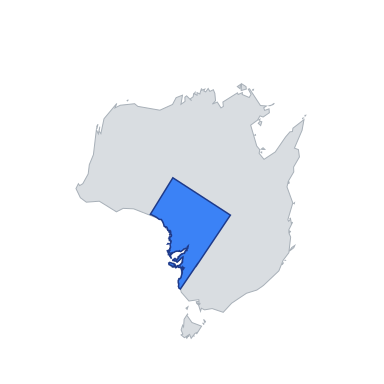 location of South Australia within Australia, rotated 33°
{"feature_id": "AUS-2655", "entity_name": "South Australia", "entity_type": "State", "adm_level": 1, "iso_a3": "AUS", "parent_name": "Australia", "parent_adm1": "", "projection": "equal_earth", "projection_center": [136.572, -32.035], "detail": "fine", "context": "in_parent", "style": "filled", "palette": "blue", "viewbox_px": 384, "rotation_deg": 33, "n_neighbors": 0, "source": "natural_earth", "source_scale": "10m", "svg_char_len": 9367}
<svg xmlns="http://www.w3.org/2000/svg" viewBox="0 0 384 384"><g transform="rotate(33 192 192)"><path d="M250.7,80.3L254.0,99.4L258.2,98.5L263.0,104.1L263.6,115.7L266.4,119.7L266.9,130.5L268.9,136.0L282.5,146.3L287.5,163.1L289.0,163.9L289.4,161.0L292.3,164.0L292.8,162.5L293.8,171.0L295.5,173.5L299.3,176.1L306.3,190.2L305.6,199.6L307.8,210.8L302.8,231.5L299.8,238.9L292.8,247.3L285.8,263.7L283.7,275.9L272.4,278.8L266.7,284.0L263.2,284.4L264.1,287.4L258.9,283.1L259.7,282.1L259.4,281.0L258.4,281.0L256.5,282.8L255.3,281.7L257.5,279.9L256.3,278.6L248.8,285.1L237.6,281.9L228.8,273.9L228.6,267.6L224.6,261.9L226.3,262.1L226.3,260.4L220.3,262.2L222.1,257.9L219.8,251.7L217.6,258.7L213.2,259.4L213.9,257.1L215.9,257.1L219.0,247.3L218.2,240.0L215.1,247.7L210.7,250.6L207.7,255.2L208.2,257.6L206.4,257.3L203.5,254.7L205.3,254.7L204.0,250.1L201.2,245.0L198.9,244.3L198.5,239.8L181.2,232.0L152.2,237.9L143.2,243.2L139.4,249.8L119.3,250.2L108.9,258.1L101.5,257.6L92.8,252.3L92.2,246.9L94.3,247.8L95.9,244.5L95.1,233.4L91.0,225.0L89.0,214.4L77.9,191.9L81.8,194.3L79.1,187.4L80.9,191.5L83.8,192.7L78.3,178.5L80.7,158.7L81.6,163.4L84.6,158.3L95.8,149.2L99.9,149.7L120.5,140.9L128.0,129.2L127.3,121.5L131.3,116.0L135.0,124.5L136.8,119.8L134.4,116.4L135.1,114.3L141.9,115.7L139.8,114.9L141.1,111.5L139.8,108.5L143.5,108.1L142.1,105.9L145.2,105.5L144.1,102.3L146.7,98.7L146.9,100.8L149.0,100.6L149.2,96.4L152.2,97.9L154.2,94.6L157.5,96.9L162.0,102.6L161.2,107.2L164.2,102.8L170.5,105.7L171.7,103.2L168.9,99.7L176.1,84.1L177.6,85.1L180.1,81.2L181.0,82.9L188.5,81.6L188.3,77.8L183.2,75.1L184.0,74.1L202.3,82.2L207.6,79.3L206.3,82.3L208.5,84.0L211.3,80.3L213.7,83.4L210.8,90.4L207.6,91.1L207.8,96.1L204.8,104.0L221.3,118.2L225.8,119.6L227.2,123.0L234.6,125.4L240.0,113.1L240.5,95.0L241.4,88.2L243.3,86.6L241.9,83.5L246.5,70.3L250.7,80.3ZM254.7,298.1L263.0,301.5L273.1,299.3L273.2,308.7L272.7,307.0L271.5,309.0L271.0,315.2L267.5,312.7L265.0,318.3L260.7,317.8L261.7,316.2L258.0,313.6L256.7,308.8L258.4,309.7L254.7,303.0L254.7,298.1ZM174.6,74.2L179.9,74.2L181.5,76.1L178.0,80.1L174.6,74.2ZM211.3,264.2L219.9,263.9L216.2,265.5L211.3,264.2ZM212.3,95.1L213.4,98.9L210.1,98.3L210.6,95.5L212.3,95.1ZM305.9,188.6L305.9,184.3L307.3,180.8L307.7,183.3L305.9,188.6ZM271.1,292.5L273.9,293.3L273.9,294.6L271.1,292.5ZM174.1,75.3L176.0,79.2L172.6,78.9L174.1,75.3ZM251.8,293.1L250.2,292.7L251.1,290.4L251.8,293.1ZM229.9,116.6L228.3,117.7L226.7,118.4L227.5,116.2L229.9,116.6ZM77.8,190.9L76.4,188.8L76.2,186.9L76.4,186.8L77.8,190.9ZM273.2,295.9L274.3,296.8L272.2,296.0L273.2,295.9ZM294.9,171.5L296.1,171.5L296.0,173.4L294.9,171.5ZM267.3,130.3L268.7,131.5L268.4,132.1L267.3,130.3ZM267.3,316.0L267.3,317.5L266.3,317.0L267.3,316.0ZM307.3,201.2L307.3,203.5L307.1,203.5L307.3,201.2ZM188.0,74.0L187.1,72.9L187.7,72.4L188.0,74.0ZM212.5,74.2L211.2,76.2L212.7,72.7L212.5,74.2ZM307.6,198.4L307.0,199.2L307.4,198.4L307.6,198.4ZM214.4,109.8L213.6,110.2L214.0,109.3L214.4,109.8ZM209.7,95.0L208.8,95.2L209.3,93.9L209.7,95.0ZM88.4,149.3L88.2,150.8L87.8,150.7L88.4,149.3ZM245.0,69.4L244.9,70.7L244.6,69.8L245.0,69.4ZM258.4,281.5L258.6,282.3L258.3,282.0L258.4,281.5ZM210.9,76.7L209.1,78.1L210.9,76.4L210.9,76.7ZM144.2,100.4L143.5,101.3L143.9,100.2L144.2,100.4ZM267.9,314.9L267.4,315.2L267.7,314.6L267.9,314.9ZM229.1,121.2L228.1,121.1L228.6,120.4L229.1,121.2ZM140.8,107.4L140.3,107.9L140.3,106.7L140.8,107.4ZM272.2,311.7L271.4,312.2L271.7,311.3L272.2,311.7ZM245.6,65.7L245.5,66.7L245.0,66.2L245.6,65.7ZM257.9,282.5L258.6,283.2L257.4,283.0L257.9,282.5ZM284.2,146.2L283.5,146.3L283.8,145.2L284.2,146.2ZM288.9,160.8L288.5,160.8L288.8,160.0L288.9,160.8ZM255.0,296.9L254.8,297.5L254.7,296.8L255.0,296.9Z" fill="#d9dde1" stroke="#a8b0b8" stroke-width="1"/><path d="M198.3,239.4L197.9,239.0L197.6,239.2L197.1,239.4L196.8,239.4L196.6,239.7L196.4,239.7L196.4,238.9L196.6,238.6L196.7,238.8L196.8,238.8L196.9,238.6L196.2,237.5L195.9,237.7L195.8,237.3L195.4,237.1L195.4,236.9L195.4,236.6L195.2,236.4L194.8,236.5L194.7,237.0L194.3,236.8L194.2,236.5L193.9,236.7L193.9,236.9L194.2,237.0L194.3,237.2L194.0,237.1L193.9,237.3L193.3,237.1L193.1,237.3L192.7,237.1L192.4,237.2L191.8,236.4L191.5,236.5L191.4,236.2L190.3,235.3L188.9,235.3L188.7,235.4L188.5,235.6L188.7,235.9L188.2,235.8L187.8,235.9L187.3,235.9L186.9,235.6L186.4,235.0L184.8,233.7L183.4,232.8L181.4,231.8L181.1,231.8L180.3,232.4L179.2,232.8L175.7,232.5L175.2,232.7L174.5,232.6L173.4,232.8L172.2,232.9L171.7,233.0L170.4,233.1L170.0,233.3L169.2,233.4L168.2,190.5L236.8,190.5L235.9,250.6L235.7,250.3L235.1,279.7L233.6,279.8L233.2,279.5L232.4,278.8L232.1,278.7L231.9,278.4L231.8,278.0L231.3,276.9L230.6,276.2L230.6,275.8L230.2,275.6L229.9,275.6L228.9,274.1L228.6,273.4L228.8,273.2L228.6,272.5L228.6,272.2L228.3,271.8L229.1,271.3L229.2,271.0L229.3,270.5L229.3,269.4L228.6,267.6L227.8,265.5L227.5,265.2L227.2,264.6L225.8,263.1L224.3,261.9L224.5,261.8L224.7,262.0L227.1,264.4L227.8,265.3L228.3,266.6L228.3,266.3L227.9,265.1L227.3,264.2L227.0,264.0L225.7,262.7L224.9,262.1L225.0,261.9L225.2,261.6L225.5,261.3L226.0,261.7L226.0,262.2L226.1,262.3L225.9,262.6L226.0,262.7L226.3,262.8L226.6,262.7L226.7,262.0L225.9,261.4L226.3,261.2L226.7,261.3L226.8,261.1L226.7,260.8L226.7,260.4L226.5,260.6L226.4,260.3L226.2,260.1L225.7,260.0L225.8,260.1L225.3,260.5L224.9,260.5L224.5,260.7L224.5,261.1L224.9,261.3L224.9,261.5L224.3,261.3L224.1,261.1L223.6,261.2L223.8,261.4L224.2,261.4L224.4,261.6L224.6,261.5L224.0,261.8L223.7,261.6L223.3,261.6L222.8,261.8L222.6,262.1L222.2,262.4L221.6,262.5L220.8,262.4L220.4,262.6L220.1,262.5L219.8,262.2L220.0,261.6L220.7,261.3L221.2,260.5L221.7,260.2L221.7,259.6L221.9,259.4L221.8,259.1L221.8,258.5L222.1,258.0L222.0,256.8L222.0,256.2L222.3,256.3L222.3,256.1L222.2,255.8L221.7,255.4L221.7,255.1L221.3,254.7L221.1,254.2L220.9,254.1L220.6,252.8L220.4,252.5L220.2,252.3L220.2,252.0L219.8,251.4L219.4,252.2L219.5,252.7L218.9,253.4L218.7,254.3L218.7,254.7L218.8,255.0L218.6,255.5L218.6,256.1L218.3,256.7L218.1,257.5L218.0,258.0L217.9,258.1L217.9,258.7L217.5,259.0L216.9,258.7L216.1,258.6L215.6,259.0L215.1,259.0L214.7,259.5L214.0,259.4L213.3,259.9L213.1,259.8L212.9,259.6L213.0,259.2L213.4,258.8L213.6,258.4L213.5,257.9L213.7,257.7L213.9,257.0L214.6,257.2L215.3,257.0L216.0,257.4L216.3,257.1L216.3,256.3L216.6,254.9L216.4,254.3L216.4,253.8L216.3,253.7L216.1,253.9L216.5,253.0L216.5,252.2L216.3,251.6L216.4,251.4L216.6,251.5L216.8,251.1L216.9,250.8L216.7,250.5L217.3,249.8L217.1,249.5L217.8,248.9L218.1,248.2L218.7,247.5L218.8,247.4L218.8,247.7L219.0,247.6L219.0,247.0L218.6,246.0L218.6,245.7L218.4,245.2L218.6,244.5L219.1,244.1L219.6,244.1L219.6,243.7L219.4,243.3L219.1,243.1L218.8,241.5L218.8,241.4L219.0,241.3L218.8,240.9L218.5,240.9L218.5,240.5L218.3,240.1L218.4,239.9L218.2,239.8L218.1,239.5L218.0,239.9L218.0,240.8L218.3,241.1L218.3,242.0L218.2,242.4L218.0,242.5L218.1,243.0L217.9,243.0L217.6,242.8L217.3,242.8L217.1,243.0L217.1,243.3L216.7,243.9L216.3,244.1L216.2,244.7L216.0,245.2L215.9,246.1L215.5,246.7L215.1,247.9L214.7,248.3L213.9,248.4L213.5,248.1L213.2,248.6L213.6,248.6L213.2,249.0L212.8,249.0L212.2,249.4L211.7,249.7L211.5,249.8L211.5,250.0L210.3,251.0L210.3,251.3L209.6,252.7L209.1,253.0L208.9,253.2L209.0,253.3L208.9,253.5L209.0,253.9L208.9,254.3L208.7,253.9L208.0,254.3L207.9,254.7L208.0,255.1L207.9,255.2L207.7,255.0L207.6,255.3L207.6,255.6L207.7,255.9L207.7,256.0L207.4,256.0L207.2,256.3L207.3,256.4L207.6,256.4L208.0,256.0L208.3,255.8L208.4,256.4L208.2,256.8L208.4,257.6L208.1,257.8L208.0,257.7L207.9,257.4L207.6,257.2L207.3,256.8L207.1,256.7L206.9,256.7L206.7,256.9L206.6,257.1L206.6,257.3L206.3,257.4L206.1,256.8L205.3,255.8L204.8,255.4L204.6,255.4L204.7,255.1L204.4,254.7L204.1,254.5L203.5,254.8L203.4,254.8L203.7,254.1L204.0,253.6L204.0,254.0L204.6,254.3L204.5,254.5L204.7,254.8L204.9,255.0L205.1,255.1L205.6,254.9L205.2,254.8L205.2,254.4L205.0,254.7L204.9,254.2L205.0,254.1L205.0,253.9L204.8,253.4L204.7,252.4L204.5,251.7L204.3,251.7L204.1,251.4L204.3,251.3L204.3,250.5L203.8,249.6L203.6,249.5L202.8,248.6L201.9,247.7L202.0,247.7L201.9,247.5L202.0,247.1L202.0,246.6L201.7,245.7L201.0,244.8L201.3,244.7L201.1,244.4L200.4,244.2L200.4,244.4L200.7,244.4L200.9,244.7L200.7,244.9L200.5,244.6L199.9,244.2L199.3,244.4L199.2,244.2L199.1,244.6L198.8,244.3L198.5,243.4L198.2,243.4L198.4,243.1L198.3,242.7L198.1,242.6L197.6,242.6L197.5,242.4L197.9,242.0L197.9,241.9L197.6,241.1L198.4,241.1L198.3,241.4L198.3,241.6L198.8,240.7L198.7,240.0L198.3,239.4ZM220.0,263.6L219.9,264.0L219.7,264.1L219.5,264.4L219.3,264.3L218.9,264.0L218.3,264.0L217.2,264.3L217.1,264.5L217.2,264.9L217.1,265.1L216.3,265.5L215.8,265.0L215.0,264.8L214.8,264.9L214.7,265.2L214.6,265.3L213.9,265.1L213.4,265.3L213.0,265.2L212.2,265.4L211.9,264.8L211.6,264.6L211.2,264.3L211.5,263.5L211.5,263.3L211.6,263.2L212.1,263.1L212.7,262.8L214.2,262.6L215.3,262.2L215.6,261.9L216.2,262.1L216.4,262.0L217.2,261.9L217.3,262.1L217.1,262.2L217.0,262.4L217.3,262.5L217.0,263.0L217.5,263.2L218.0,263.1L218.1,263.5L218.5,263.5L218.8,263.0L219.6,263.2L219.7,263.6L220.0,263.6ZM209.0,257.3L209.4,257.9L209.4,258.3L209.2,258.2L209.1,257.7L208.8,257.3L209.0,257.3ZM194.7,238.1L194.6,237.9L194.8,237.6L195.4,237.5L195.0,237.6L195.1,237.8L195.0,238.0L194.7,238.1ZM200.2,248.2L200.3,248.5L200.1,248.6L199.9,248.8L199.9,248.3L200.2,248.2ZM215.8,253.9L215.9,254.1L215.8,254.3L215.7,254.2L215.8,253.9ZM210.8,258.8L211.1,259.0L210.8,258.9L210.8,258.8Z" fill="#3b82f6" stroke="#1e3a8a" stroke-width="1.5"/></g></svg>